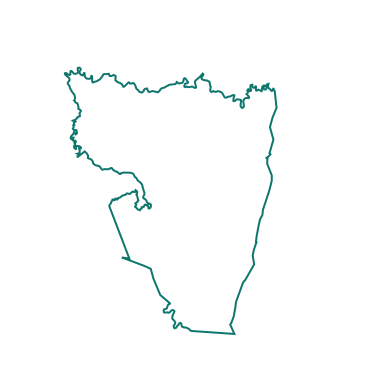 the district of San Jerónimo Coatlán, Oaxaca, Mexico, rotated 346°
{"feature_id": "50627088B48669608540498", "entity_name": "San Jerónimo Coatlán", "entity_type": "district", "adm_level": 2, "iso_a3": "MEX", "parent_name": "Mexico", "parent_adm1": "Oaxaca", "projection": "orthographic", "projection_center": [-96.995, 16.194], "detail": "fine", "context": "isolated", "style": "outline", "palette": "teal", "viewbox_px": 384, "rotation_deg": 346, "n_neighbors": 0, "source": "geoboundaries", "source_scale": "gbopen_adm2", "svg_char_len": 5912}
<svg xmlns="http://www.w3.org/2000/svg" viewBox="0 0 384 384"><g transform="rotate(346 192 192)"><path d="M108.0,238.5L128.2,252.4L133.4,256.7L133.6,266.6L136.3,284.3L143.7,294.7L143.1,295.3L142.3,295.2L141.3,295.8L139.4,298.8L138.7,299.1L136.6,299.1L135.9,299.7L135.7,302.0L136.5,302.5L138.9,302.8L140.2,303.5L141.0,303.5L143.5,301.9L144.7,301.9L145.7,302.5L146.1,303.7L143.0,307.5L142.2,310.1L143.7,312.7L144.2,314.7L143.6,315.8L141.7,317.6L141.7,319.2L142.3,320.1L143.7,319.9L144.8,318.7L147.0,317.4L147.8,316.3L149.3,316.3L149.8,317.5L149.6,320.0L151.5,321.6L152.6,321.7L154.7,323.0L156.0,324.3L156.9,326.0L158.4,326.9L198.8,340.0L197.0,329.9L198.5,328.5L202.4,322.8L206.1,314.6L208.0,309.5L219.7,292.1L222.4,290.2L234.8,277.3L235.5,268.3L238.2,262.8L242.5,256.2L242.0,255.7L244.2,250.1L248.4,241.0L251.4,235.0L254.7,231.4L256.5,226.5L267.3,209.4L272.1,200.4L273.4,195.2L271.8,182.8L273.2,177.9L273.0,177.7L273.6,177.3L273.5,177.0L272.6,177.0L272.6,176.7L273.5,176.7L277.3,174.4L277.1,173.6L276.6,173.1L283.7,160.8L283.3,148.0L288.1,139.3L294.4,130.8L296.7,113.9L296.1,112.8L296.1,111.5L295.8,111.4L294.4,113.2L293.8,113.2L293.3,112.8L292.8,111.4L291.5,109.7L291.1,108.3L292.3,105.5L291.0,105.6L290.0,107.2L289.1,109.8L288.2,110.3L286.9,110.0L286.4,107.9L287.0,107.1L288.0,107.0L288.3,106.3L287.6,106.0L286.0,106.7L285.5,107.1L285.5,107.7L284.8,108.6L284.4,110.3L283.9,111.0L281.0,108.7L279.3,109.3L278.8,109.1L278.7,108.2L279.6,105.3L279.4,104.9L277.3,105.9L276.3,105.1L275.8,104.1L276.6,102.6L275.7,102.3L274.5,102.7L273.6,105.8L274.3,106.8L273.6,108.0L272.6,108.2L272.1,107.8L271.8,106.4L271.4,105.9L270.2,107.0L271.0,107.5L271.0,108.1L269.4,109.9L268.7,110.1L270.3,113.3L270.4,114.0L270.1,114.4L269.4,114.6L268.8,114.1L266.7,113.9L265.4,114.3L264.0,115.8L263.5,116.7L263.5,119.0L263.0,121.5L262.4,122.2L261.0,122.6L260.5,122.0L259.9,120.1L261.8,114.9L261.6,114.4L258.6,113.1L257.4,113.0L255.8,114.0L254.9,114.1L254.2,113.7L254.2,113.2L255.1,110.8L256.4,108.9L256.4,108.4L256.1,108.0L255.1,107.9L251.9,108.5L249.9,108.3L248.3,108.7L247.4,108.6L246.6,108.1L245.3,103.5L244.8,102.6L242.9,101.0L241.5,100.4L239.5,100.6L238.5,100.3L237.2,99.3L235.3,99.7L234.9,99.5L234.3,98.6L234.3,97.5L235.6,94.5L235.3,93.0L235.7,89.5L233.7,87.5L231.6,86.8L229.5,85.5L228.9,85.0L228.7,84.1L229.0,83.0L231.0,81.5L231.3,80.9L231.5,80.3L231.1,79.7L227.2,82.3L222.4,84.7L221.4,85.9L221.3,91.3L221.1,91.7L220.3,91.7L219.5,91.4L217.7,89.7L214.6,89.6L212.0,88.4L211.3,88.8L210.2,88.1L210.1,87.3L211.1,85.7L211.6,85.3L213.5,85.3L214.5,84.9L214.8,84.4L213.9,82.7L213.6,81.3L213.0,80.2L212.3,79.8L211.5,80.1L210.2,82.8L209.0,83.7L206.6,83.7L205.3,83.3L203.8,81.6L202.7,82.9L201.9,83.3L196.5,82.5L195.2,82.6L194.9,82.9L193.2,83.1L190.5,84.0L187.7,84.0L186.1,84.9L185.0,86.0L183.0,87.0L178.1,84.5L174.7,84.7L173.9,83.9L173.4,80.7L171.6,80.5L170.1,81.3L169.9,82.0L168.8,82.8L167.4,83.4L165.1,82.0L164.5,80.4L163.0,78.2L162.7,74.6L161.8,72.3L161.1,72.0L158.8,72.1L158.2,71.8L157.6,70.6L157.0,70.3L152.1,73.1L151.2,73.4L150.8,73.2L150.4,72.5L150.3,70.7L148.3,68.6L146.7,67.7L144.7,65.0L146.0,61.2L144.6,59.7L144.1,59.5L141.9,60.0L140.9,59.8L140.1,59.4L140.0,57.6L139.8,57.2L137.3,56.9L135.3,56.3L134.0,56.7L133.0,58.1L129.9,60.4L126.7,61.4L122.3,61.7L121.9,60.7L123.0,55.5L122.5,55.1L122.0,55.3L121.7,57.0L121.3,57.4L118.7,57.1L117.5,56.6L116.5,55.6L116.0,54.0L116.5,50.7L115.8,50.5L115.1,51.3L114.8,52.3L113.9,52.4L112.7,51.5L112.0,50.5L111.9,48.3L112.3,47.6L113.5,46.6L113.8,45.7L112.9,44.1L111.3,44.0L110.6,45.3L110.7,47.8L110.3,48.6L108.8,49.2L106.8,49.0L106.0,48.6L104.7,45.9L104.2,45.4L103.5,45.3L103.0,46.1L102.4,48.5L101.8,48.9L100.7,48.5L98.9,46.3L97.8,45.9L97.3,46.2L97.2,46.8L98.0,48.5L100.5,51.9L100.4,53.8L98.0,55.8L97.7,57.0L98.8,59.6L98.7,61.4L99.9,65.9L101.4,69.2L101.3,72.3L100.4,74.2L99.7,74.7L100.2,75.2L100.6,76.9L102.3,78.3L102.4,82.2L101.8,83.7L103.5,85.5L103.8,86.3L103.7,86.8L102.0,88.2L101.7,91.1L101.3,91.5L99.2,91.5L98.5,92.6L97.9,92.6L96.0,94.0L94.8,93.7L93.7,94.0L95.8,95.5L94.0,96.4L94.1,98.4L93.5,98.6L93.1,98.4L92.8,98.8L93.1,99.4L92.8,100.5L91.7,101.8L92.1,102.8L93.9,103.9L94.4,103.9L94.9,104.5L94.4,105.7L94.8,106.4L94.4,107.4L93.1,107.9L92.0,105.3L91.2,106.7L88.2,108.7L87.3,110.2L87.4,111.1L87.9,111.7L88.5,111.7L88.8,110.3L90.2,110.6L88.9,112.7L88.9,113.1L89.8,113.7L91.2,114.0L91.5,114.9L91.4,115.4L91.0,115.6L89.8,115.6L89.7,115.9L90.2,116.8L90.1,117.5L88.7,118.9L88.3,119.8L88.7,121.2L89.4,122.1L90.0,122.1L90.1,120.1L91.0,119.4L91.8,119.5L93.9,120.4L94.8,121.5L95.0,122.1L94.7,122.7L93.8,123.1L93.0,122.5L93.0,124.7L92.3,127.1L90.2,127.1L91.2,127.9L89.5,129.6L89.4,130.0L89.7,130.3L97.7,126.7L99.1,128.9L100.0,131.4L99.2,133.8L99.8,134.5L101.0,135.0L102.4,136.6L103.2,138.3L102.9,140.1L104.3,142.3L108.3,144.5L110.0,148.3L110.5,148.7L113.1,148.7L114.6,149.3L116.8,149.7L119.2,149.1L120.0,149.5L120.9,151.6L122.9,153.6L124.2,154.3L126.1,157.0L127.2,157.2L127.8,156.6L130.4,156.6L137.2,158.5L139.0,159.7L139.7,161.1L140.2,163.6L141.4,164.9L142.0,167.4L144.7,171.1L145.6,173.6L145.3,173.3L145.4,178.9L145.7,181.4L145.0,183.2L143.6,184.6L143.3,185.5L143.5,186.4L144.8,187.5L145.6,189.2L145.9,191.2L146.3,192.1L148.4,193.2L148.9,194.0L149.0,195.0L148.1,197.0L146.9,197.6L146.1,197.6L145.9,197.1L146.1,196.1L145.4,194.5L145.9,194.0L144.1,193.5L143.5,192.9L142.8,193.1L141.6,194.7L139.4,194.6L139.2,195.8L137.1,196.4L137.0,197.0L135.1,195.8L134.2,193.8L133.2,192.7L133.2,192.3L134.8,191.2L134.6,189.9L134.3,189.3L136.8,188.4L136.9,187.8L138.0,187.1L137.7,185.4L137.9,183.3L137.4,181.5L137.8,181.4L138.1,180.2L138.9,178.8L138.7,177.9L137.7,176.6L136.6,178.3L134.5,177.2L131.3,178.8L130.7,178.8L129.2,177.8L128.1,177.7L127.0,178.6L124.0,178.6L120.6,180.0L118.7,180.0L118.2,180.9L117.5,181.2L116.4,179.9L115.9,179.9L115.4,181.0L114.5,181.1L113.8,180.2L113.0,180.1L112.6,181.2L111.7,181.5L110.6,183.3L108.9,184.6L108.3,185.6L115.1,241.4L108.0,238.5Z" fill="none" stroke="#0f766e" stroke-width="2"/></g></svg>